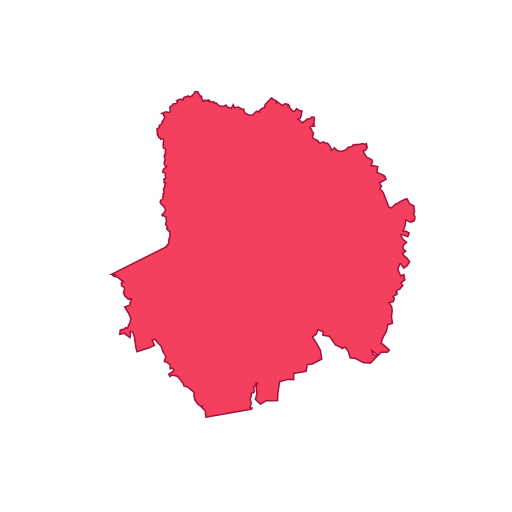 Pixley ka Seme, Northern Cape, South Africa, rotated 219°
{"feature_id": "47623444B63696254381244", "entity_name": "Pixley ka Seme", "entity_type": "district", "adm_level": 2, "iso_a3": "ZAF", "parent_name": "South Africa", "parent_adm1": "Northern Cape", "projection": "natural_earth1", "projection_center": [24.003, -30.211], "detail": "fine", "context": "isolated", "style": "filled", "palette": "rose", "viewbox_px": 512, "rotation_deg": 219, "n_neighbors": 0, "source": "geoboundaries", "source_scale": "gbopen_adm2", "svg_char_len": 6164}
<svg xmlns="http://www.w3.org/2000/svg" viewBox="0 0 512 512"><g transform="rotate(219 256 256)"><path d="M340.3,388.7L343.5,388.6L344.2,379.6L342.8,376.5L344.3,374.4L344.9,371.3L343.9,370.2L346.8,368.8L347.4,363.2L349.5,361.4L354.5,360.1L357.4,361.6L357.8,362.4L358.8,361.5L363.5,360.6L366.2,357.7L368.9,359.2L368.2,355.1L371.5,353.9L371.6,354.1L373.3,353.8L374.0,354.5L374.6,354.0L375.1,352.5L376.0,351.4L379.3,349.4L383.1,349.9L384.2,348.5L385.0,349.3L386.2,349.0L387.2,347.9L388.4,347.3L390.0,347.6L390.2,346.5L391.3,347.2L391.7,346.8L391.9,345.7L392.9,345.0L393.8,345.1L394.1,344.2L393.7,343.9L394.2,343.1L394.8,342.9L398.4,345.0L398.4,345.6L399.6,345.8L400.0,345.0L404.6,347.0L406.9,345.4L406.3,343.7L406.8,339.4L407.8,337.6L409.1,338.0L411.3,334.9L411.9,333.1L410.8,331.5L411.9,330.8L412.6,330.9L414.3,329.3L415.4,326.7L414.2,326.6L413.5,324.6L416.1,322.1L415.8,321.6L415.9,320.9L415.6,320.1L416.3,319.1L416.6,317.3L415.9,317.0L415.4,316.1L413.2,314.5L414.2,312.7L416.9,311.2L418.9,307.5L417.1,308.0L416.0,307.3L415.7,306.8L414.4,306.9L413.9,306.4L413.9,304.7L413.5,303.3L413.6,301.9L413.5,301.5L412.6,301.4L412.9,300.3L412.5,297.9L413.3,297.0L413.3,296.4L412.4,295.6L412.2,293.8L413.0,292.7L412.0,291.3L409.7,289.4L409.5,288.6L408.6,288.1L408.1,288.1L405.8,286.8L404.6,287.4L403.3,286.8L402.6,288.1L401.3,288.4L399.7,286.9L399.3,285.6L397.6,283.3L396.8,282.9L396.2,281.7L394.3,282.1L392.8,281.5L392.4,280.2L390.2,278.0L390.2,277.5L390.8,277.2L390.5,276.6L389.3,274.9L388.2,274.6L387.3,273.6L386.0,270.3L383.7,269.0L382.8,269.0L382.2,269.5L381.9,269.5L381.7,267.9L382.2,267.2L382.5,265.3L381.6,262.7L380.8,262.4L379.3,263.3L378.1,263.0L377.4,261.5L376.4,261.0L375.2,259.6L375.2,259.2L375.9,258.5L375.8,257.3L374.3,256.6L373.7,255.1L373.3,255.1L372.6,255.9L371.8,255.6L371.5,253.6L370.5,252.7L370.4,251.4L369.7,249.2L367.3,247.7L367.4,245.7L365.9,244.6L365.6,243.3L364.4,241.9L364.5,240.3L365.2,239.3L364.1,237.2L361.0,236.4L359.0,236.6L355.4,235.1L354.6,232.2L355.0,229.2L354.8,228.6L353.9,228.3L353.3,229.4L350.6,229.4L348.9,228.1L347.4,226.4L346.1,223.5L345.6,223.3L344.5,223.5L342.9,222.8L343.0,221.7L342.6,221.0L339.7,220.5L338.3,220.9L338.0,220.1L336.2,218.6L334.6,215.4L333.7,213.1L331.9,211.4L331.7,210.8L332.0,207.2L331.5,206.7L356.8,150.8L355.9,151.4L355.3,151.0L355.1,151.8L354.4,152.5L354.1,152.0L354.2,151.0L353.3,150.8L352.9,151.2L353.2,151.8L353.1,152.3L351.8,151.9L348.9,152.6L348.1,152.3L345.8,152.6L345.4,152.3L343.3,153.0L342.9,152.5L343.7,151.3L343.7,150.2L342.8,149.6L341.9,148.3L340.4,148.3L339.2,148.8L338.0,148.3L336.4,145.6L336.2,144.5L335.1,143.4L334.3,143.7L333.6,142.7L332.3,142.5L331.9,142.1L329.8,142.6L328.9,141.8L328.2,142.4L327.2,142.3L326.7,144.2L326.2,144.2L325.8,143.6L325.3,143.9L324.2,139.8L323.6,139.3L323.3,138.1L326.0,133.8L320.1,131.6L319.6,131.8L316.6,130.0L315.0,129.4L314.2,128.8L312.0,125.1L311.6,122.9L311.8,122.3L310.8,120.8L310.5,118.9L312.2,118.4L312.3,117.2L312.9,115.3L314.2,114.3L314.2,113.9L314.9,113.0L312.6,109.3L309.7,113.0L302.6,113.3L303.4,114.8L306.3,118.5L304.0,119.3L299.6,116.7L297.4,114.3L295.4,112.8L292.5,109.9L288.3,106.7L281.5,117.0L278.7,122.7L283.8,125.2L282.0,127.8L279.4,127.0L272.8,126.1L268.2,123.1L263.1,121.5L260.8,116.3L259.0,117.2L254.4,117.5L251.7,114.3L250.2,116.3L247.9,115.7L248.2,113.2L249.4,109.2L247.1,108.2L246.4,110.4L242.4,112.7L240.1,113.0L234.1,111.4L232.7,111.3L230.3,109.6L227.0,111.0L224.0,111.2L218.1,111.0L215.9,107.9L213.2,105.8L208.7,104.4L203.8,104.4L203.1,105.5L202.5,104.1L198.2,103.9L193.5,99.2L163.0,134.3L163.5,135.4L164.5,134.6L165.7,134.8L166.4,137.4L167.1,138.5L168.1,139.5L170.4,140.9L171.6,144.2L173.1,146.2L173.1,147.0L171.9,148.3L171.8,148.7L172.4,150.2L174.1,151.2L174.6,152.2L175.5,153.0L174.9,155.5L176.0,157.3L175.0,158.2L173.3,154.1L168.6,149.6L166.3,144.2L159.3,143.7L157.0,149.9L148.2,157.2L152.7,163.2L158.6,173.2L153.7,179.9L148.9,183.7L152.9,188.4L144.5,197.9L147.9,203.8L144.2,207.6L140.0,217.3L146.6,223.3L155.0,226.6L161.2,228.6L160.0,233.2L161.5,237.8L156.0,239.4L154.2,236.5L148.3,239.8L138.2,236.9L132.3,238.4L130.7,238.3L129.5,241.2L124.5,240.1L118.6,236.1L114.6,238.8L105.3,240.8L99.6,244.9L98.8,254.3L103.0,253.2L106.6,255.4L98.5,255.7L98.1,260.0L93.2,264.1L93.1,266.8L101.9,267.3L103.8,266.8L106.1,272.6L107.2,279.4L110.3,285.5L107.6,289.6L112.4,293.9L115.8,299.3L118.6,301.9L123.2,303.5L120.6,306.9L121.9,310.1L124.0,310.8L122.3,315.0L123.3,316.3L124.7,316.1L124.7,318.5L123.3,321.1L123.5,322.2L123.3,325.5L126.4,326.3L125.3,331.1L129.5,334.6L131.0,331.5L137.0,334.7L138.3,337.3L139.3,340.6L138.7,341.1L133.5,339.5L132.5,343.5L133.0,348.2L137.0,349.3L141.1,349.4L143.8,350.1L142.7,354.0L146.2,354.1L147.5,355.6L148.2,357.4L147.6,361.3L152.4,361.5L156.0,363.1L156.6,363.8L156.2,364.6L150.2,366.5L151.4,370.2L155.3,369.6L157.1,368.0L157.7,367.8L158.4,371.5L160.3,375.5L161.2,376.3L162.0,378.4L157.5,379.3L156.3,381.4L156.0,381.1L155.1,383.3L157.2,386.6L160.2,387.8L160.3,389.9L164.9,394.3L169.7,393.3L174.3,395.4L174.9,395.4L176.0,393.8L178.4,388.4L179.3,385.0L180.1,384.8L181.0,378.6L183.8,377.8L197.2,385.5L202.2,386.2L202.3,389.3L206.1,390.3L203.2,397.5L205.9,399.0L207.0,399.1L207.3,398.3L208.0,398.3L208.5,398.9L214.6,397.0L217.6,402.1L221.1,400.3L223.5,398.6L224.7,402.5L226.7,403.7L232.0,402.4L236.6,403.9L238.7,405.1L237.6,406.8L237.6,409.4L238.1,410.7L238.9,410.7L240.2,412.3L240.9,412.8L241.4,411.3L242.4,411.2L243.9,410.4L246.2,407.5L250.5,403.7L250.1,401.8L252.8,398.4L252.9,395.1L255.7,390.8L258.8,389.1L263.3,389.4L262.9,388.1L263.9,385.7L264.4,386.5L269.7,388.4L271.7,388.6L272.6,387.4L275.4,387.2L276.8,384.8L278.6,383.6L280.1,384.6L285.6,383.4L287.0,384.1L288.6,387.8L290.1,387.9L292.9,389.4L294.8,389.5L295.2,390.7L292.4,393.8L294.4,394.2L293.9,395.3L294.5,395.5L297.5,400.0L298.6,400.3L300.2,399.0L300.3,396.6L302.5,394.6L302.7,392.5L303.8,389.5L303.6,388.7L309.7,388.7L308.4,390.1L308.3,390.8L309.4,394.1L310.3,394.9L311.4,397.6L313.7,396.3L317.3,396.0L316.9,394.1L318.0,391.7L322.6,392.3L323.7,392.8L324.3,393.5L325.7,394.0L325.7,393.1L326.9,393.9L329.1,392.6L329.6,391.8L329.8,390.3L331.0,389.4L336.9,389.2L336.2,387.1L338.2,389.3L340.3,388.7Z" fill="#f43f5e" stroke="#9f1239" stroke-width="1.5"/></g></svg>